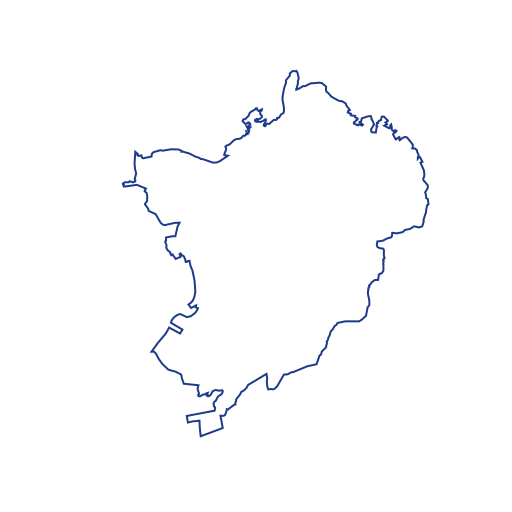 the district of RUS, Salaj, Romania, rotated 198°
{"feature_id": "2599482B70770862505186", "entity_name": "RUS", "entity_type": "district", "adm_level": 2, "iso_a3": "ROU", "parent_name": "Romania", "parent_adm1": "Salaj", "projection": "mercator", "projection_center": [23.568, 47.278], "detail": "fine", "context": "isolated", "style": "outline", "palette": "blue", "viewbox_px": 512, "rotation_deg": 198, "n_neighbors": 0, "source": "geoboundaries", "source_scale": "gbopen_adm2", "svg_char_len": 6152}
<svg xmlns="http://www.w3.org/2000/svg" viewBox="0 0 512 512"><g transform="rotate(198 256 256)"><path d="M275.0,444.5L275.4,443.9L278.3,443.3L280.3,440.0L279.6,438.6L279.8,437.4L281.6,433.0L281.7,432.0L281.0,430.1L281.1,424.2L279.9,415.4L279.1,412.9L275.5,406.2L274.1,402.1L274.1,400.5L275.9,398.4L276.9,394.5L278.6,393.9L278.3,392.5L279.0,391.6L281.2,390.9L284.3,385.6L285.9,385.5L287.1,384.5L287.1,382.8L288.0,382.1L288.9,382.5L289.1,384.0L288.7,384.8L288.4,387.4L288.9,388.9L289.9,388.4L290.8,386.8L292.8,385.1L294.1,384.6L295.3,384.8L295.8,384.3L296.2,384.6L296.9,383.8L298.1,383.8L299.0,384.8L298.8,385.5L297.5,386.1L297.5,386.6L296.0,386.8L294.5,387.9L293.4,389.8L293.4,390.8L295.9,392.5L296.9,395.0L295.5,396.1L295.7,397.3L298.3,394.7L299.9,395.4L300.6,396.7L301.7,396.5L302.2,395.0L305.1,391.9L306.2,390.1L306.4,387.0L308.6,382.8L310.2,382.1L310.5,380.1L306.6,378.2L305.7,379.4L304.3,379.9L304.6,380.6L303.9,380.8L302.6,380.0L301.9,379.2L302.3,377.9L302.9,377.8L302.8,377.1L305.0,376.4L303.6,375.1L301.4,376.2L302.7,373.2L301.2,373.2L301.1,370.9L301.6,370.4L303.2,370.9L301.9,369.3L303.2,368.9L303.1,367.8L303.7,367.0L305.3,366.4L306.1,364.3L307.6,362.5L311.1,361.0L313.1,358.8L315.3,354.4L318.8,351.2L318.9,350.4L317.9,349.6L317.3,347.9L317.6,344.1L317.4,342.2L313.8,342.6L319.7,335.0L322.5,332.6L326.0,331.5L336.1,331.7L338.7,331.2L339.9,331.8L344.3,331.8L351.1,332.9L358.4,332.6L359.1,332.2L359.3,333.0L362.5,333.4L369.6,331.3L377.1,327.4L379.8,327.0L385.5,323.1L386.4,321.7L386.5,320.2L386.1,318.3L393.7,314.0L394.7,314.3L396.1,316.3L398.2,314.9L399.8,315.1L400.1,315.4L399.8,316.4L403.0,317.8L400.2,306.8L398.0,301.5L395.5,297.5L395.1,291.5L394.8,290.8L394.1,290.6L393.9,289.6L395.7,288.0L399.2,288.1L400.0,286.7L403.3,285.7L404.9,284.0L404.9,283.4L403.7,283.0L403.8,281.8L402.9,281.2L391.2,286.9L381.5,286.1L382.1,284.3L381.7,284.1L381.8,283.1L379.7,282.3L378.2,280.0L377.0,276.2L376.6,274.6L377.7,271.1L377.5,270.8L373.1,267.6L372.0,265.7L364.4,264.8L356.8,258.0L353.9,257.0L352.3,257.2L343.1,262.6L339.0,264.0L339.7,260.0L338.8,249.9L341.9,248.8L347.3,245.8L346.3,242.8L346.7,242.6L346.6,241.2L344.5,238.7L343.8,236.1L342.0,234.3L338.4,232.8L338.1,231.5L336.7,230.5L335.8,231.7L331.5,228.4L327.4,232.0L329.3,234.2L328.5,235.1L327.7,234.3L324.5,233.4L322.1,230.6L321.0,228.6L320.0,228.9L319.9,229.6L317.8,230.9L315.4,226.6L311.8,222.3L306.8,213.5L302.6,203.2L302.0,198.2L302.2,194.4L303.3,191.7L305.2,189.0L301.7,186.5L297.7,190.5L297.4,188.5L295.1,188.4L295.1,187.0L296.3,183.0L299.5,178.5L302.9,176.5L309.9,177.4L312.2,176.1L314.3,173.4L315.6,171.1L316.4,168.2L316.2,166.2L303.2,163.3L304.3,158.8L316.5,161.1L317.8,154.5L322.6,142.6L325.8,132.7L323.6,133.5L321.4,132.5L316.5,127.9L311.7,124.4L304.2,120.8L296.7,121.1L291.0,120.3L290.0,119.4L288.8,116.9L285.2,112.2L270.8,115.3L270.7,112.5L270.2,111.0L267.8,107.8L267.6,107.0L268.1,106.2L267.4,105.0L265.7,105.3L263.5,108.0L261.8,108.5L260.9,110.0L259.6,110.9L259.9,108.7L258.5,108.6L258.6,107.8L257.5,108.1L256.3,109.6L255.4,114.0L254.3,115.1L252.9,116.1L249.5,116.5L246.7,117.9L246.1,117.5L245.8,117.1L245.7,115.4L246.4,113.6L248.8,110.4L249.5,106.0L250.4,104.7L250.9,102.9L249.5,100.1L248.2,99.4L247.8,98.4L247.6,96.1L272.4,82.5L269.3,76.6L265.4,79.0L258.9,81.9L255.7,73.6L252.9,67.5L234.5,82.1L240.4,93.1L237.4,94.0L236.3,95.2L236.1,98.8L236.4,101.3L235.2,101.4L231.1,107.4L229.7,108.4L230.4,110.0L230.1,111.5L230.5,113.7L228.3,119.6L228.1,122.0L225.6,124.9L224.2,128.0L223.7,130.9L209.6,147.1L207.6,143.3L206.8,139.6L205.0,135.5L203.1,132.9L200.5,134.2L198.6,134.4L197.2,135.6L195.6,138.6L192.8,151.9L189.4,153.2L186.5,156.3L184.7,157.1L173.0,167.1L165.0,171.7L164.8,181.0L163.7,182.4L163.9,185.5L161.1,191.0L161.5,192.1L161.5,194.8L162.2,196.5L161.7,199.1L162.0,200.8L161.5,203.1L161.6,207.5L160.5,209.5L159.5,213.9L158.4,215.0L157.8,217.5L151.0,221.4L137.6,225.8L135.5,228.5L132.9,233.2L134.0,241.6L133.1,244.0L133.2,245.0L134.6,248.9L137.9,254.7L138.7,257.5L138.5,258.4L139.3,260.1L138.8,260.9L138.7,262.2L139.4,262.9L138.5,264.3L137.8,266.7L135.7,269.8L132.5,271.0L133.4,276.2L132.8,276.6L132.8,277.3L131.0,278.6L130.3,281.4L132.2,287.4L132.7,287.7L132.9,290.6L133.6,290.8L133.8,291.6L133.9,292.7L133.1,293.3L133.1,293.9L134.5,295.8L136.1,301.0L137.3,302.3L140.4,301.7L143.1,302.0L144.5,303.7L145.1,307.3L140.0,309.8L137.0,313.0L133.1,315.6L132.9,317.4L133.6,320.1L133.3,320.3L129.2,321.0L124.4,323.7L123.2,325.0L122.4,326.8L117.9,329.3L114.8,333.1L109.8,333.5L107.1,335.5L107.1,340.3L107.8,342.0L107.9,345.6L107.8,350.2L108.4,352.3L108.9,357.3L107.9,358.3L110.1,363.2L112.0,363.7L113.6,367.2L114.8,368.8L113.8,373.3L113.8,374.6L114.7,376.5L120.3,379.9L120.9,381.4L120.6,383.6L121.2,385.9L122.9,389.5L128.4,395.5L126.8,397.0L130.5,400.6L131.6,400.4L132.2,398.7L132.7,400.4L132.2,401.4L132.4,402.1L135.0,405.0L135.6,406.3L137.7,407.3L140.6,406.7L140.4,407.4L141.3,410.4L148.9,415.4L151.1,415.3L153.1,413.6L155.1,410.5L155.7,411.0L156.2,413.3L156.6,413.4L158.2,411.5L158.8,410.1L159.4,410.2L163.3,414.1L162.8,416.2L162.5,416.0L161.5,416.8L161.1,418.5L162.6,418.6L163.0,418.1L162.8,417.4L163.4,417.3L165.3,417.7L166.3,418.8L166.9,421.0L168.1,422.8L168.6,421.2L168.2,419.2L168.7,418.6L174.3,419.6L172.1,421.8L174.2,423.0L172.4,424.9L172.4,425.5L177.5,428.1L179.4,427.4L179.2,423.8L181.0,422.5L181.2,421.2L180.9,420.2L182.1,420.0L181.8,418.9L181.8,417.2L180.7,416.7L181.1,416.0L180.2,410.5L183.7,409.5L184.9,410.0L185.7,411.9L184.4,417.5L186.2,420.0L188.4,421.7L188.4,422.4L190.2,424.6L193.0,423.2L197.9,419.6L197.6,416.1L198.9,415.5L198.8,415.1L194.9,414.0L195.3,412.9L199.0,412.8L199.6,412.5L199.5,411.8L199.9,411.7L203.9,412.2L204.1,413.6L203.0,414.6L202.9,415.9L201.6,417.0L201.6,417.8L202.7,418.5L204.5,418.5L205.1,419.9L208.9,419.1L209.8,419.6L209.7,420.6L213.1,420.9L213.2,422.4L211.8,423.6L212.0,424.0L216.3,426.8L217.8,428.8L222.3,429.9L223.4,429.3L226.5,429.4L233.5,430.8L238.2,433.6L239.6,433.9L240.8,435.5L241.5,438.4L241.9,438.9L246.9,440.8L249.4,440.4L257.6,436.9L261.8,432.7L263.5,432.3L267.2,428.1L269.1,426.6L269.4,427.4L268.8,428.4L269.3,429.1L269.4,433.2L270.2,435.0L270.2,438.1L273.5,443.6L275.0,444.5Z" fill="none" stroke="#1e3a8a" stroke-width="2"/></g></svg>